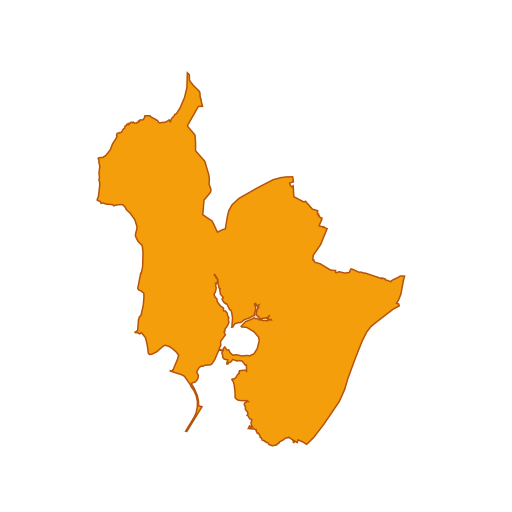 outline of ÅrÄkei Local Board Area, Auckland, New Zealand, rotated 254°
{"feature_id": "76426892B76499292811538", "entity_name": "ÅrÄkei Local Board Area", "entity_type": "district", "adm_level": 2, "iso_a3": "NZL", "parent_name": "New Zealand", "parent_adm1": "Auckland", "projection": "mercator", "projection_center": [174.831, -36.875], "detail": "fine", "context": "isolated", "style": "filled", "palette": "amber", "viewbox_px": 512, "rotation_deg": 254, "n_neighbors": 0, "source": "geoboundaries", "source_scale": "gbopen_adm2", "svg_char_len": 6117}
<svg xmlns="http://www.w3.org/2000/svg" viewBox="0 0 512 512"><g transform="rotate(254 256 256)"><path d="M106.4,141.1L126.0,162.5L127.8,159.5L132.1,160.7L138.0,161.1L145.8,160.1L150.9,158.7L151.6,159.7L151.6,162.9L152.9,165.0L154.7,166.7L157.1,167.7L160.8,167.0L164.1,170.1L165.3,172.9L164.7,174.0L165.0,177.2L164.0,181.8L164.4,183.8L167.8,187.8L175.8,194.3L173.9,198.0L172.1,196.4L169.0,196.5L167.9,196.0L165.6,197.0L164.0,200.2L160.6,198.2L160.0,198.4L160.0,199.4L161.1,200.5L160.9,201.8L161.8,203.7L163.0,205.1L160.3,208.7L160.5,209.6L158.9,213.7L154.5,215.4L153.8,216.1L154.2,216.4L153.9,216.7L147.8,215.2L149.3,213.9L150.3,208.6L149.1,207.6L147.7,207.6L147.4,206.0L144.8,203.2L143.9,201.4L144.3,199.3L143.8,198.7L142.2,199.4L138.8,199.6L131.3,198.4L125.6,196.9L123.8,197.7L122.3,199.1L121.0,202.0L119.5,207.3L118.3,208.3L118.6,206.9L118.2,206.6L118.0,204.8L116.6,203.7L113.8,204.2L111.5,203.5L108.0,204.9L106.4,204.7L105.4,203.6L105.2,204.0L101.1,205.2L100.0,206.9L96.6,205.1L93.9,205.1L92.6,205.6L92.9,203.9L93.4,204.0L94.5,203.0L92.3,201.0L90.2,206.4L89.0,208.3L87.8,207.9L85.0,208.5L85.0,209.5L81.9,210.2L80.5,210.0L79.8,211.0L77.1,211.3L75.9,213.4L75.1,213.5L72.9,216.0L71.1,216.6L69.1,219.3L68.7,224.0L69.3,224.3L69.8,226.5L70.5,226.8L70.9,227.7L71.6,231.2L72.9,234.5L72.4,236.5L72.9,237.2L68.5,241.2L68.1,240.7L67.4,241.5L66.6,240.6L66.2,241.0L67.4,242.3L65.3,244.2L67.6,245.9L64.0,250.1L61.0,252.7L65.5,261.2L75.4,274.6L93.2,296.0L103.5,304.6L112.7,310.4L129.8,322.9L145.5,335.0L152.6,341.7L156.5,347.1L159.0,352.8L167.1,373.2L168.5,379.9L170.4,380.0L171.8,378.0L174.2,380.7L179.3,384.7L192.1,391.1L195.7,393.3L196.8,390.0L196.9,388.8L196.2,386.6L195.5,381.8L194.8,379.3L194.2,378.5L197.5,373.8L198.3,373.9L200.2,371.0L199.6,370.6L209.4,356.4L209.3,356.0L211.6,352.4L211.9,350.7L217.3,344.3L217.2,343.3L214.6,341.4L214.5,340.8L215.1,336.6L218.0,331.5L217.7,329.3L218.2,328.0L220.1,328.5L221.9,323.8L230.9,315.5L233.0,311.9L234.3,310.5L236.2,310.5L236.5,309.5L240.9,311.2L249.1,321.2L262.7,331.9L265.1,328.8L265.3,329.1L267.3,325.2L267.9,325.1L272.9,329.3L273.3,329.0L274.2,329.8L276.2,327.7L277.5,327.8L277.7,327.2L279.0,327.7L279.5,326.6L282.5,327.8L285.5,323.1L295.0,318.7L294.7,316.9L302.6,308.7L313.2,311.1L312.6,309.3L315.0,308.4L316.8,308.3L317.0,312.4L322.0,313.1L323.7,306.8L324.5,301.3L324.6,293.4L321.4,277.3L316.1,255.5L311.8,247.1L307.3,242.5L302.7,239.8L290.4,233.9L290.6,231.5L289.6,225.5L301.6,223.5L310.4,216.2L324.0,221.4L329.6,229.6L331.2,230.7L333.1,231.0L337.9,230.7L343.2,232.5L347.4,233.0L361.1,232.9L373.8,226.9L381.9,229.2L389.1,230.7L399.3,226.1L400.3,226.1L415.3,241.5L415.6,242.1L414.6,245.9L420.4,246.0L421.9,246.5L422.7,246.1L425.5,246.3L427.0,246.9L429.7,247.0L437.2,242.8L442.0,240.8L443.4,240.5L448.5,241.9L451.0,240.5L436.7,235.9L428.1,231.0L419.6,224.1L414.8,218.8L414.4,216.8L413.4,216.0L411.0,212.3L408.5,210.7L408.7,210.4L410.1,210.6L410.8,209.9L410.0,207.9L409.6,204.8L410.2,203.4L410.3,201.0L410.9,199.4L413.6,198.6L413.9,197.8L414.9,197.3L418.5,193.4L419.9,192.8L420.7,190.6L421.4,187.8L420.1,187.2L418.2,185.3L418.1,184.2L418.8,182.0L417.7,181.0L418.1,180.3L417.2,180.1L416.9,179.1L417.3,178.7L416.7,177.6L417.2,175.8L418.5,174.9L418.1,174.1L418.9,173.5L418.9,172.0L417.5,170.3L417.5,169.8L418.4,169.6L417.6,169.0L418.2,168.3L417.3,167.4L417.0,165.9L415.3,165.2L414.3,162.9L412.3,161.1L411.9,159.7L412.3,158.9L412.0,158.5L412.2,156.4L410.5,155.2L409.5,155.4L407.7,154.0L403.3,149.0L398.2,145.1L394.2,139.6L393.0,136.1L393.7,132.5L393.4,131.2L391.1,131.4L389.6,130.8L385.3,130.6L378.7,127.8L375.3,127.4L371.9,125.8L370.7,126.2L366.6,125.1L357.0,121.1L353.7,118.7L352.9,119.2L351.4,121.3L349.3,121.6L349.3,123.3L347.2,126.2L344.9,132.4L343.5,133.0L343.4,137.1L342.1,142.0L339.0,143.7L336.4,144.1L331.7,146.9L324.3,149.5L317.2,149.7L315.4,149.2L310.0,146.1L308.0,145.6L302.6,146.6L297.4,149.5L290.3,148.3L277.1,144.1L272.7,141.8L270.8,140.6L271.0,140.3L257.5,133.4L255.8,133.8L254.1,135.9L251.1,137.9L247.2,136.9L239.6,134.0L230.5,129.0L229.8,127.3L227.2,125.5L217.0,121.7L216.1,118.7L215.6,118.9L215.0,120.9L213.1,122.8L214.0,124.5L213.6,124.9L208.0,127.2L201.0,127.0L192.2,125.7L190.7,126.4L190.3,128.8L191.3,134.4L194.9,141.8L195.3,144.0L192.8,147.8L190.2,150.0L185.8,152.8L182.0,154.3L178.3,152.0L169.5,145.0L169.6,144.6L168.3,143.6L169.4,142.1L169.0,141.9L162.2,152.0L160.1,154.0L150.5,157.4L149.5,157.3L143.3,159.3L138.0,160.0L132.3,159.6L127.1,158.0L121.8,155.2L118.6,152.6L107.0,140.1L106.4,141.1ZM176.2,195.1L177.5,195.3L180.0,197.6L183.7,198.4L188.6,204.8L192.0,204.3L192.3,205.4L194.6,206.3L196.2,208.7L199.4,211.6L202.5,211.9L204.2,212.9L206.4,212.3L209.0,212.5L211.6,211.5L212.3,209.6L214.9,210.4L217.5,208.2L222.5,206.2L225.7,206.5L227.8,205.4L230.0,205.1L230.9,205.1L232.4,206.9L236.4,209.1L237.8,208.8L240.1,209.8L240.8,209.6L240.6,210.2L241.2,211.2L243.0,212.5L244.6,212.4L246.8,211.4L248.3,211.5L249.0,210.6L249.6,210.9L250.0,211.6L249.1,210.8L248.4,211.7L247.0,211.7L246.7,212.2L243.9,212.8L239.2,211.7L237.9,212.1L236.9,211.6L234.9,211.8L234.8,212.4L234.3,212.6L233.5,211.8L229.2,211.3L225.1,213.1L224.1,211.6L222.1,211.8L219.6,212.7L219.4,213.3L218.4,213.6L218.0,214.8L211.6,215.9L210.9,216.8L209.2,217.1L203.1,216.4L195.2,213.5L195.1,213.8L194.3,213.1L194.1,214.1L196.6,216.6L196.9,220.5L196.3,222.2L196.4,223.4L198.0,227.3L198.3,233.3L199.3,236.5L199.5,237.7L199.1,238.3L201.3,238.7L204.5,240.8L207.1,241.5L210.2,241.3L210.6,242.3L207.8,243.3L208.1,245.2L206.7,243.5L205.6,244.4L205.7,245.2L205.4,243.5L204.0,242.1L200.1,240.1L197.9,240.7L197.0,241.7L194.8,242.6L194.3,243.6L193.6,250.4L195.5,252.8L193.5,250.9L192.7,249.3L191.6,250.3L190.7,253.2L190.2,253.2L191.0,251.6L190.6,248.7L191.7,246.7L191.9,245.0L192.9,244.0L193.8,241.3L195.7,240.2L195.7,238.5L197.3,236.9L196.5,235.1L195.8,227.8L192.5,222.3L191.7,222.7L190.1,227.2L183.7,233.2L177.3,236.1L173.8,235.8L166.8,231.8L162.7,227.3L162.3,226.0L162.2,224.0L161.6,222.7L162.8,220.2L163.8,214.8L166.5,209.9L167.1,206.3L170.4,204.4L173.3,203.9L173.3,202.9L174.0,201.9L176.9,201.1L177.2,200.7L175.8,198.9L174.5,198.4L176.2,195.1Z" fill="#f59e0b" stroke="#b45309" stroke-width="1.5"/></g></svg>